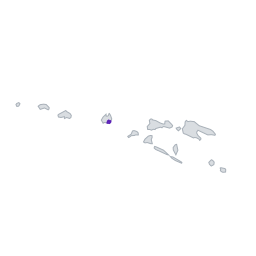 location of North Efate, Shefa, Vanuatu, rotated 125°
{"feature_id": "77236927B73770222811595", "entity_name": "North Efate", "entity_type": "district", "adm_level": 2, "iso_a3": "VUT", "parent_name": "Vanuatu", "parent_adm1": "Shefa", "projection": "natural_earth1", "projection_center": [168.415, -17.573], "detail": "fine", "context": "in_parent", "style": "filled", "palette": "violet", "viewbox_px": 256, "rotation_deg": 125, "n_neighbors": 0, "source": "geoboundaries", "source_scale": "gbopen_adm2", "svg_char_len": 3128}
<svg xmlns="http://www.w3.org/2000/svg" viewBox="0 0 256 256"><g transform="rotate(125 128 128)"><path d="M87.9,58.7L89.7,69.4L91.8,69.4L92.8,68.8L94.0,66.3L94.6,62.4L95.7,61.8L97.0,62.2L96.4,63.5L96.8,66.6L97.9,68.3L98.6,68.7L99.9,76.9L100.5,78.6L100.4,79.9L97.5,83.0L93.2,82.9L90.2,84.7L88.3,84.6L88.4,82.6L86.7,80.9L84.8,77.4L85.3,71.1L81.9,59.5L81.9,56.6L83.0,52.8L84.1,52.6L85.6,55.8L87.9,58.7ZM106.3,99.6L107.6,100.3L108.3,100.3L108.7,101.9L112.6,105.0L113.7,104.9L114.6,106.6L116.3,107.5L116.7,109.2L117.9,111.0L115.8,113.1L111.8,112.6L109.4,115.0L107.3,114.4L107.0,113.1L107.3,112.7L106.0,109.4L105.4,104.4L104.6,101.5L103.6,100.2L101.7,101.3L101.0,101.5L99.1,99.1L100.0,94.2L100.5,92.8L101.9,92.5L104.2,93.8L106.3,99.6ZM158.9,191.3L157.6,192.8L156.5,192.6L149.4,189.0L149.7,187.5L149.4,183.8L150.2,181.7L152.1,180.8L153.7,181.3L154.6,184.3L156.7,185.5L155.2,186.6L157.8,188.9L158.9,191.3ZM134.6,146.2L137.3,150.8L138.4,151.1L136.8,154.4L133.4,154.7L129.3,153.9L130.8,152.7L130.0,151.5L128.8,151.2L127.4,151.8L126.8,151.6L127.7,149.5L129.9,146.5L130.6,146.3L131.2,146.2L131.8,146.5L134.6,146.2ZM130.5,107.3L127.4,107.7L123.0,106.7L121.2,105.3L120.5,103.9L122.0,102.8L124.2,102.3L126.9,99.1L127.8,100.4L128.9,104.0L130.0,105.0L130.6,106.1L130.5,107.3ZM163.1,210.6L161.7,214.1L159.2,213.3L156.9,210.8L155.7,208.5L156.5,204.3L157.7,203.6L158.9,203.8L159.5,207.9L163.1,210.6ZM128.2,95.6L127.8,95.6L127.3,94.1L125.8,86.2L126.8,79.2L127.4,80.7L129.7,93.0L129.4,95.1L128.2,95.6ZM134.7,121.6L135.5,122.1L135.0,123.4L131.3,121.9L128.2,122.5L127.4,122.4L126.5,121.2L125.8,118.7L126.1,117.0L127.4,115.8L127.9,115.6L128.8,117.1L129.7,118.1L130.5,118.5L132.4,120.9L134.7,121.6ZM120.0,78.3L118.1,79.8L114.7,79.7L113.5,78.8L117.6,74.4L122.5,73.4L120.0,78.3ZM111.0,40.5L109.8,42.1L106.7,41.6L106.0,41.2L106.2,38.5L107.0,37.5L108.8,36.7L111.4,38.0L111.0,40.5ZM108.3,29.1L107.9,29.5L107.3,29.2L105.6,25.3L106.1,24.0L108.1,22.8L109.9,24.9L110.1,26.1L110.1,27.2L109.8,28.0L108.6,28.4L108.3,29.1ZM127.6,74.9L127.1,76.9L126.0,74.6L125.2,64.8L125.5,63.9L126.1,63.9L127.5,70.6L127.6,74.9ZM174.1,231.4L173.1,233.2L171.7,233.2L169.8,232.0L170.1,230.4L172.3,230.1L172.9,230.2L174.1,231.4ZM101.0,87.6L100.5,88.5L97.6,86.4L98.2,84.4L101.4,85.1L101.0,87.6Z" fill="#d9dde1" stroke="#a8b0b8" stroke-width="1"/><path d="M135.8,147.8L135.8,147.7L135.7,147.6L135.5,147.4L135.4,147.3L135.4,147.2L135.2,147.1L135.1,146.9L135.1,146.7L135.0,146.4L134.9,146.3L134.9,146.2L134.7,146.0L134.7,145.9L134.4,145.8L134.2,145.8L133.9,145.8L133.8,145.7L133.7,145.7L133.4,145.7L133.4,145.8L133.2,145.9L133.1,146.0L132.9,146.0L132.7,146.1L132.4,146.1L132.2,146.2L132.2,146.3L132.3,146.3L132.4,146.5L132.5,146.6L132.8,146.7L132.8,146.8L132.8,146.7L132.9,146.8L132.9,147.0L133.0,147.2L133.0,147.3L132.9,147.4L132.8,147.5L132.8,147.8L132.7,147.9L132.7,148.0L132.8,148.2L133.0,148.1L133.3,148.3L133.4,148.2L133.4,148.3L133.5,148.3L133.5,148.5L133.8,148.6L134.0,148.6L133.9,148.6L134.0,148.6L134.3,148.6L134.5,148.4L134.7,148.2L134.8,148.2L135.0,148.1L135.3,148.1L135.5,148.0L135.8,148.0L135.8,147.9L135.8,147.8Z" fill="#8b5cf6" stroke="#5b21b6" stroke-width="1.5"/></g></svg>